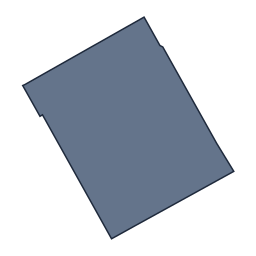 Aurora, South Dakota, United States of America, rotated 331°
{"feature_id": "52423323B17598192587787", "entity_name": "Aurora", "entity_type": "district", "adm_level": 2, "iso_a3": "USA", "parent_name": "United States of America", "parent_adm1": "South Dakota", "projection": "orthographic", "projection_center": [-98.556, 43.718], "detail": "fine", "context": "isolated", "style": "filled", "palette": "slate", "viewbox_px": 256, "rotation_deg": 331, "n_neighbors": 0, "source": "geoboundaries", "source_scale": "gbopen_adm2", "svg_char_len": 301}
<svg xmlns="http://www.w3.org/2000/svg" viewBox="0 0 256 256"><g transform="rotate(331 128 128)"><path d="M197.7,74.0L195.9,71.3L195.8,38.8L58.5,40.0L56.5,39.8L56.7,75.1L59.6,75.0L59.9,216.9L86.0,216.9L199.5,217.2L198.1,184.4L197.7,74.0Z" fill="#64748b" stroke="#1e293b" stroke-width="1.5"/></g></svg>